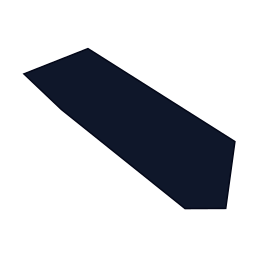 El Arish 3, Shamal Sina', Egypt, rotated 94°
{"feature_id": "37247803B18293726613988", "entity_name": "El Arish 3", "entity_type": "district", "adm_level": 2, "iso_a3": "EGY", "parent_name": "Egypt", "parent_adm1": "Shamal Sina'", "projection": "albers", "projection_center": [33.79, 31.001], "detail": "fine", "context": "isolated", "style": "filled", "palette": "ink", "viewbox_px": 256, "rotation_deg": 94, "n_neighbors": 0, "source": "geoboundaries", "source_scale": "gbopen_adm2", "svg_char_len": 258}
<svg xmlns="http://www.w3.org/2000/svg" viewBox="0 0 256 256"><g transform="rotate(94 128 128)"><path d="M134.1,20.4L93.9,95.0L51.6,173.5L81.3,235.6L114.2,195.7L204.4,65.5L201.4,24.9L134.1,20.4Z" fill="#0f172a" stroke="#020617" stroke-width="1.5"/></g></svg>